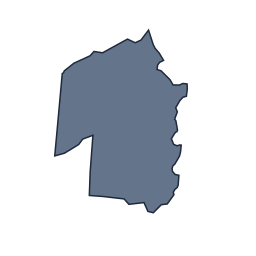 Cumberland, New Jersey, United States of America, rotated 233°
{"feature_id": "52423323B85945473450778", "entity_name": "Cumberland", "entity_type": "district", "adm_level": 2, "iso_a3": "USA", "parent_name": "United States of America", "parent_adm1": "New Jersey", "projection": "albers", "projection_center": [-75.162, 39.373], "detail": "fine", "context": "isolated", "style": "filled", "palette": "slate", "viewbox_px": 256, "rotation_deg": 233, "n_neighbors": 0, "source": "geoboundaries", "source_scale": "gbopen_adm2", "svg_char_len": 977}
<svg xmlns="http://www.w3.org/2000/svg" viewBox="0 0 256 256"><g transform="rotate(233 128 128)"><path d="M172.6,73.4L149.8,52.7L146.1,62.1L144.5,78.7L146.4,85.2L143.3,95.6L115.4,71.1L97.4,56.5L88.0,67.2L73.7,82.2L66.5,82.8L58.8,95.9L49.4,93.7L45.1,97.2L46.7,108.5L43.7,113.6L47.1,124.6L49.5,125.5L50.7,128.6L50.9,131.6L52.2,133.7L59.6,140.2L62.5,137.7L66.5,137.4L69.0,138.7L70.8,141.1L71.0,143.7L74.5,152.1L77.2,155.5L82.3,160.2L83.3,159.2L84.2,156.6L87.4,154.6L93.3,156.2L95.5,161.7L96.0,163.7L95.6,164.8L96.4,166.2L105.0,170.6L107.0,170.6L111.2,177.1L115.5,178.3L118.7,186.0L119.5,190.4L118.2,193.7L123.2,198.6L127.6,201.7L130.5,198.7L131.4,194.9L135.3,189.9L141.3,190.6L153.9,188.8L157.2,186.4L160.5,189.6L161.4,192.8L160.6,197.1L169.0,198.0L175.5,197.6L179.6,198.4L193.8,203.3L190.4,191.2L191.8,185.0L199.3,181.1L203.4,152.9L209.6,146.9L208.5,141.1L212.3,123.8L212.0,111.6L210.9,109.6L211.1,108.3L172.6,73.4Z" fill="#64748b" stroke="#1e293b" stroke-width="1.5"/></g></svg>